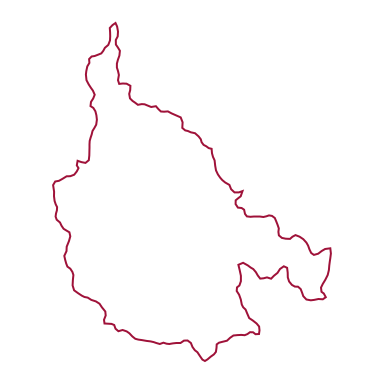 outline of Mato Verde, Minas Gerais, Brazil, rotated 180°
{"feature_id": "56859067B8029388584979", "entity_name": "Mato Verde", "entity_type": "district", "adm_level": 2, "iso_a3": "BRA", "parent_name": "Brazil", "parent_adm1": "Minas Gerais", "projection": "natural_earth1", "projection_center": [-42.879, -15.456], "detail": "fine", "context": "isolated", "style": "outline", "palette": "rose", "viewbox_px": 384, "rotation_deg": 180, "n_neighbors": 0, "source": "geoboundaries", "source_scale": "gbopen_adm2", "svg_char_len": 3713}
<svg xmlns="http://www.w3.org/2000/svg" viewBox="0 0 384 384"><g transform="rotate(180 192 192)"><path d="M53.7,135.7L58.9,135.0L62.3,133.0L65.8,130.3L70.1,129.1L72.8,131.0L74.5,134.5L75.9,138.4L77.6,141.4L80.7,144.8L84.4,147.3L88.5,148.9L91.5,147.3L94.0,145.1L98.3,145.3L102.1,146.1L105.1,148.6L105.6,152.1L105.2,155.6L106.5,159.4L107.8,162.7L109.2,166.0L112.0,168.1L115.0,168.6L117.6,167.7L120.6,167.0L124.4,167.5L129.7,167.5L133.5,167.2L137.1,167.6L139.0,170.1L139.9,174.3L142.4,176.0L146.1,176.4L148.4,179.9L148.3,183.7L145.9,185.7L143.3,187.7L141.5,192.9L145.2,191.6L149.5,191.6L152.9,194.8L154.6,199.1L158.8,201.5L161.7,203.9L163.8,206.3L166.1,209.6L168.0,213.6L168.8,218.2L169.4,223.6L171.0,227.1L172.0,230.7L172.4,235.2L175.3,235.9L177.7,237.7L180.4,239.1L182.4,241.8L183.2,244.7L185.4,247.6L189.0,250.8L193.2,251.7L196.1,253.0L198.8,253.6L201.7,256.1L201.4,261.7L203.3,266.6L208.3,268.8L212.4,270.6L216.1,272.6L219.9,272.3L223.1,272.5L225.6,274.9L228.1,277.8L232.8,277.0L236.5,278.5L239.4,279.7L242.2,279.9L246.1,279.2L249.0,281.4L251.5,283.1L254.0,285.6L254.8,290.1L253.8,293.9L253.6,298.2L257.4,300.3L261.2,300.5L264.8,300.1L266.0,303.8L265.1,309.0L266.0,313.0L267.1,316.4L267.1,320.4L266.1,324.2L264.6,328.4L264.1,333.2L266.1,336.5L268.1,339.4L268.2,344.0L266.3,347.6L266.0,352.4L266.9,357.5L268.5,361.0L271.5,358.9L274.2,356.0L273.9,351.7L273.8,347.7L274.0,343.6L275.7,339.1L279.1,336.2L280.7,333.2L282.7,330.6L286.2,329.2L289.3,328.0L292.4,327.5L294.9,324.9L294.6,321.1L296.7,317.6L297.7,312.9L298.1,309.5L297.5,303.8L295.3,299.6L293.1,296.2L291.1,293.4L289.3,289.3L290.8,285.5L293.0,282.1L293.5,277.9L290.7,276.1L288.6,272.7L287.6,268.7L287.1,264.3L287.8,259.3L289.7,255.9L291.5,253.0L292.3,249.6L293.4,246.3L294.3,243.1L294.5,239.7L294.5,236.4L294.6,232.6L294.7,228.5L295.2,223.8L298.5,221.1L302.6,221.9L306.4,223.2L307.2,218.6L305.5,215.9L307.2,212.6L309.8,209.3L313.7,207.8L317.4,207.7L321.6,205.1L325.0,203.2L328.8,202.5L330.9,198.9L330.4,195.6L329.9,192.3L330.0,187.8L329.4,183.0L328.3,179.7L326.9,176.9L327.1,173.6L328.0,170.5L328.4,167.4L327.3,164.3L324.0,161.5L322.5,158.3L320.4,155.2L317.3,153.3L314.6,151.7L313.7,147.7L315.0,143.0L317.3,137.3L317.5,132.9L319.7,128.1L318.8,124.1L317.8,120.5L316.6,117.4L313.7,115.3L311.6,112.1L310.6,109.0L311.1,104.2L311.4,98.6L309.9,93.7L305.9,90.8L302.1,88.3L299.5,87.0L296.3,86.4L292.7,84.1L288.1,82.6L284.5,80.3L282.1,76.7L278.7,72.5L278.3,68.5L280.0,64.2L279.5,60.5L275.9,60.3L272.5,60.1L269.8,59.0L268.5,55.3L265.6,52.8L261.4,54.0L257.3,52.6L254.6,50.7L251.7,47.6L248.7,45.2L245.6,44.4L242.0,43.9L237.5,43.1L233.4,42.6L230.3,41.9L227.7,41.0L224.2,40.0L220.6,41.3L217.4,40.3L214.7,40.0L211.3,40.6L207.7,41.0L203.5,41.0L200.0,43.4L196.4,43.5L193.1,41.0L191.5,37.0L189.2,33.8L186.6,31.8L184.1,28.0L181.6,24.4L179.1,23.0L176.5,24.6L173.2,27.4L170.1,29.6L168.1,32.1L167.5,36.1L167.3,39.6L165.0,41.3L161.9,42.1L157.0,43.3L153.9,46.2L150.6,48.5L146.5,48.9L142.7,49.1L139.3,48.8L136.6,49.9L134.0,51.8L130.9,51.7L128.5,49.8L125.0,50.0L124.5,53.7L124.9,57.5L127.4,60.5L131.2,63.5L134.8,65.9L136.8,70.5L138.4,74.4L140.8,76.7L142.2,79.4L143.2,84.5L144.9,89.3L147.3,93.0L147.0,96.6L144.6,98.5L143.1,102.8L143.1,108.2L144.3,113.8L145.6,119.2L140.9,121.2L136.2,118.6L133.4,116.5L130.7,114.9L128.1,111.8L126.2,108.5L123.8,105.4L120.5,105.7L117.0,106.6L112.9,105.3L110.1,108.2L106.5,111.1L104.0,115.0L100.2,117.7L96.9,116.2L96.3,111.3L96.2,106.6L94.9,102.5L92.1,99.1L89.1,97.4L86.0,97.3L83.3,94.9L81.8,91.0L80.7,87.8L77.6,84.5L73.2,83.7L69.9,84.1L65.5,85.0L61.2,84.7L58.2,86.8L60.2,90.5L62.5,92.2L63.0,96.4L61.2,100.1L58.7,104.2L56.3,109.0L55.1,114.0L54.7,118.7L54.2,122.5L53.7,125.8L53.1,130.5L53.7,135.7Z" fill="none" stroke="#9f1239" stroke-width="2"/></g></svg>